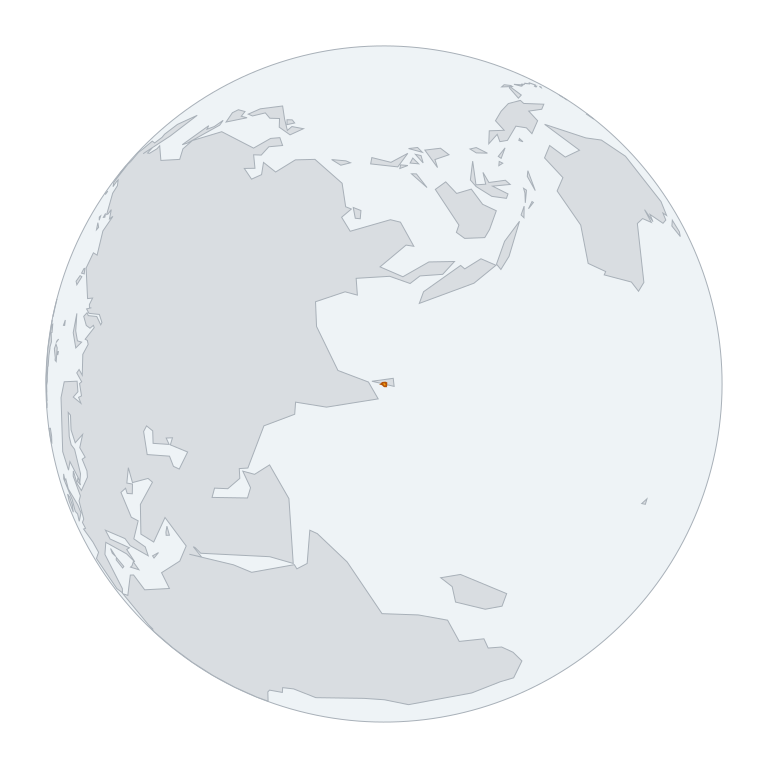 globe centered on Kuruṇægala, rotated 286°
{"feature_id": "LKA-2461", "entity_name": "Kuruṇægala", "entity_type": "District", "adm_level": 1, "iso_a3": "LKA", "parent_name": "Sri Lanka", "parent_adm1": "", "projection": "orthographic", "projection_center": [80.272, 7.727], "detail": "fine", "context": "on_globe", "style": "filled", "palette": "amber", "viewbox_px": 768, "rotation_deg": 286, "n_neighbors": 0, "source": "natural_earth", "source_scale": "10m", "svg_char_len": 9202}
<svg xmlns="http://www.w3.org/2000/svg" viewBox="0 0 768 768"><g transform="rotate(286 384 384)"><circle cx="384" cy="384" r="338" fill="#eef3f6" stroke="#a8b0b8"/><path d="M522.7,75.9L518.3,74.3L524.9,77.3L503.6,68.7L514.8,72.5L514.0,72.1L518.0,73.8L518.6,74.1L522.7,75.9ZM492.6,64.7L489.3,63.9L490.1,63.8L492.6,64.7ZM82.5,231.4L110.4,190.8L110.2,196.0L130.4,192.8L131.4,195.9L120.2,210.7L128.3,234.1L141.3,222.2L157.5,236.5L173.8,238.5L195.3,210.3L168.6,206.2L172.7,191.7L201.1,183.0L225.8,188.5L228.2,183.2L219.9,169.4L233.1,161.3L217.9,164.1L218.5,169.8L209.1,172.3L208.0,167.3L212.6,164.3L207.3,161.0L186.3,177.8L184.7,185.4L166.2,186.2L161.6,199.4L153.9,204.7L158.7,184.5L164.0,177.7L166.7,156.5L159.5,163.4L156.4,184.4L154.0,182.3L144.3,193.5L149.8,183.3L155.1,160.2L143.3,162.7L115.3,188.8L111.2,190.2L113.7,183.6L137.0,155.7L143.6,156.0L151.9,147.7L161.8,135.2L163.0,136.9L167.8,132.3L171.4,132.6L187.5,123.1L192.8,123.0L209.8,110.6L214.8,109.3L203.3,116.7L198.2,122.5L212.7,124.6L218.6,122.4L228.5,114.6L231.3,116.9L238.9,109.1L252.5,108.2L242.4,103.4L253.7,95.8L267.7,91.2L269.6,88.3L246.8,95.9L239.4,100.0L235.9,104.6L214.1,117.0L206.8,118.5L222.8,103.5L214.2,104.5L230.4,93.8L281.9,77.3L298.0,76.0L302.1,88.2L292.2,91.9L285.8,88.9L281.9,98.0L287.0,94.1L289.2,96.5L300.6,91.2L302.8,92.8L310.0,85.6L313.9,86.9L309.3,91.5L329.5,86.3L340.5,88.7L344.1,86.9L344.7,84.4L358.3,89.9L360.3,88.5L356.6,86.0L358.2,81.7L366.3,76.7L370.6,78.9L368.2,80.9L369.7,89.3L362.8,95.4L365.4,95.9L372.4,91.2L370.6,80.9L374.2,77.4L376.6,81.7L376.0,79.9L379.2,78.9L386.3,80.2L384.4,75.5L413.4,65.7L430.0,68.5L428.8,72.7L453.6,71.6L470.4,77.2L467.0,74.6L476.5,73.8L471.4,71.9L470.5,70.7L492.6,70.6L501.1,73.1L506.8,72.2L505.0,71.2L499.0,69.1L503.6,68.7L524.9,77.3L527.8,79.1L539.1,84.2L544.2,88.0L553.6,94.3L552.5,97.1L560.0,102.7L563.6,104.2L576.6,113.9L590.8,130.4L563.4,110.1L539.0,89.0L547.6,96.4L540.9,93.1L541.1,95.0L547.6,101.0L551.2,102.7L537.4,107.9L543.6,125.7L554.6,125.9L565.2,132.7L581.8,158.5L574.8,193.6L588.8,207.3L592.1,216.0L585.3,220.8L580.3,207.9L570.2,202.9L568.4,195.5L555.8,200.5L552.7,190.3L544.4,200.2L551.5,208.6L563.8,207.1L557.9,221.4L575.0,237.0L580.9,255.7L565.4,288.4L543.8,298.3L543.2,304.4L532.6,297.3L521.5,309.4L543.7,344.9L544.1,355.2L524.6,374.7L523.6,366.9L495.5,347.9L492.3,372.6L513.7,393.5L521.2,418.0L505.6,410.2L497.8,388.8L487.8,381.4L489.1,359.8L477.9,328.1L462.1,333.9L461.9,321.2L444.2,295.5L420.7,303.3L384.3,336.0L381.6,368.5L368.1,382.5L345.9,335.1L342.2,304.0L330.3,306.5L310.7,280.1L265.7,276.3L262.8,268.2L253.5,271.4L240.3,262.7L237.2,249.8L227.6,250.0L236.8,284.2L247.5,284.3L261.3,272.3L261.5,284.5L274.7,296.3L247.6,324.2L186.5,346.2L186.5,321.8L170.8,254.5L174.6,247.7L174.8,246.9L175.0,245.5L167.4,256.4L166.7,243.8L168.7,289.2L166.5,308.7L185.6,347.6L182.3,351.2L190.3,359.6L223.0,353.0L221.8,361.1L202.8,397.6L162.7,445.4L171.5,480.8L174.5,510.2L157.3,527.3L166.6,550.3L158.9,556.9L163.6,569.6L161.7,582.0L155.8,592.9L137.3,589.6L129.9,577.9L111.2,553.5L82.5,495.9L80.6,471.5L76.3,451.4L63.7,404.9L66.0,381.2L64.2,370.3L59.5,371.3L58.2,358.4L56.0,357.2L47.2,360.0L48.0,347.8L51.5,323.6L56.7,299.8L63.7,276.4L72.3,253.5L82.5,231.4ZM88.0,223.2L84.8,229.3L84.7,229.3L88.0,223.2ZM245.8,210.6L264.5,214.0L266.6,195.4L274.0,195.5L272.0,189.5L266.7,194.1L263.3,178.4L275.2,174.6L278.3,167.3L272.1,166.0L250.9,175.8L255.5,197.7L246.8,204.3L245.8,210.6ZM191.0,110.2L188.5,113.1L181.8,117.8L175.1,120.7L184.8,113.5L191.0,110.2ZM186.7,116.3L204.5,102.3L209.3,100.8L203.6,103.8L205.0,104.3L196.2,109.4L183.5,122.9L176.7,128.2L168.0,128.9L174.6,125.3L176.5,122.3L186.7,116.3ZM241.2,77.9L249.0,74.3L249.5,75.5L242.2,78.9L235.0,81.2L239.5,78.6L241.2,77.9ZM353.7,47.4L354.2,47.5L343.8,48.9L349.4,48.4L350.2,49.1L342.0,50.7L341.5,49.9L332.9,52.7L327.3,52.7L326.6,53.0L319.1,54.0L308.8,56.2L307.5,56.1L304.1,57.0L299.0,58.1L293.8,59.6L289.7,60.1L283.1,62.2L285.0,61.4L274.6,64.9L280.5,62.6L274.5,64.5L271.9,65.7L268.0,66.6L296.0,57.7L324.7,51.3L353.7,47.4ZM375.6,46.2L366.0,46.7L357.4,47.3L358.5,47.0L375.6,46.2ZM138.1,190.8L139.9,191.9L143.9,192.0L137.9,199.6L138.1,190.8ZM141.1,175.1L143.5,174.5L136.9,184.2L135.1,183.5L141.1,175.1ZM150.5,166.5L144.2,173.7L146.5,169.4L150.5,166.5ZM206.2,116.1L209.4,115.6L207.6,117.5L203.2,120.1L206.2,116.1ZM315.2,62.7L316.3,61.2L318.6,60.8L327.0,57.4L331.9,57.7L328.7,59.9L315.2,62.7ZM187.5,214.5L179.5,219.4L178.5,216.3L181.5,215.2L187.5,214.5ZM155.0,208.9L159.8,213.7L153.3,210.9L155.0,208.9ZM321.9,62.4L324.8,60.9L325.4,62.1L321.9,62.4ZM335.8,57.9L337.5,58.9L333.4,57.4L335.8,57.9ZM340.1,664.7L346.1,668.4L340.4,668.4L340.1,664.7ZM222.0,510.0L216.3,559.7L203.0,558.7L195.4,543.4L194.1,512.9L208.0,505.4L213.4,491.9L222.0,510.0ZM592.3,474.6L600.2,476.0L599.7,477.6L592.3,474.6ZM584.3,469.2L593.6,469.7L582.4,472.7L584.3,469.2ZM597.1,469.9L606.5,466.8L610.6,464.2L609.6,467.5L597.1,469.9ZM577.8,469.4L541.2,469.0L526.3,464.8L530.2,459.1L554.4,460.6L577.8,469.4ZM529.0,458.9L505.7,442.7L471.2,395.7L483.6,396.6L519.1,425.0L516.9,429.9L531.1,442.7L529.0,458.9ZM583.9,429.3L581.5,444.2L561.7,442.9L552.5,440.5L546.2,421.4L549.7,411.8L557.4,412.2L585.2,379.7L595.3,387.6L587.2,401.3L595.4,414.2L583.9,429.3ZM383.3,371.6L392.0,391.3L384.5,394.4L383.3,371.6ZM594.9,357.2L584.7,371.2L593.6,352.5L594.9,357.2ZM599.2,339.6L600.6,346.7L595.5,339.8L599.2,339.6ZM544.4,314.0L536.3,315.6L535.4,310.7L545.2,305.8L544.4,314.0ZM585.3,271.8L588.0,285.9L587.4,290.8L582.4,282.2L585.3,271.8ZM367.2,69.3L350.1,73.0L341.0,77.4L340.9,81.8L333.7,77.8L347.7,71.1L367.2,69.3ZM407.2,65.5L407.2,62.7L412.1,63.7L412.7,64.5L407.2,65.5ZM403.8,64.0L394.7,61.4L397.9,59.7L404.4,62.0L403.8,64.0ZM357.7,60.0L352.3,60.9L352.0,59.7L357.7,60.0ZM607.4,628.2L615.2,617.2L620.9,616.0L611.8,625.9L607.4,628.2ZM608.1,583.3L553.3,605.8L543.3,603.1L550.2,593.7L549.6,565.6L553.2,566.1L556.2,547.0L591.0,529.3L617.3,497.2L631.7,499.1L645.6,476.0L658.9,477.5L652.1,495.7L662.6,507.5L677.9,466.8L676.2,510.2L678.4,525.7L669.5,553.3L635.7,600.0L623.9,609.2L625.2,605.0L619.3,609.7L615.4,607.9L620.3,593.0L614.2,597.8L623.4,586.4L613.0,596.5L614.3,587.0L608.1,583.3ZM696.5,512.6L696.9,511.2L699.4,503.7L699.3,504.9L696.5,512.6L696.5,512.6ZM708.5,478.0L707.8,480.8L707.5,481.7L708.5,478.0ZM708.8,477.1L710.0,472.7L708.8,477.1L708.8,477.1ZM712.2,453.5L712.9,451.3L712.8,453.0L712.2,453.5ZM611.6,476.1L623.1,464.5L628.7,463.5L611.6,476.1ZM712.4,448.7L711.4,448.3L711.9,446.0L712.4,448.7ZM713.3,443.3L713.6,440.0L713.1,447.7L713.3,443.3ZM711.9,436.0L712.7,441.8L711.7,436.7L711.9,436.0ZM710.9,436.8L709.9,434.2L710.1,433.2L710.9,436.8ZM692.2,441.0L697.0,460.5L691.6,459.9L686.2,447.9L679.4,459.1L665.4,457.2L669.5,450.3L668.2,439.7L652.2,435.5L648.9,428.6L655.2,424.0L643.8,418.5L656.4,415.4L661.0,429.6L667.8,418.6L678.5,421.4L687.8,426.2L694.2,436.9L692.2,441.0ZM655.3,446.5L657.3,446.5L655.2,450.8L655.3,446.5ZM707.9,426.3L709.4,433.3L709.0,435.0L708.1,433.9L707.9,426.3ZM695.8,434.4L703.2,422.9L704.6,423.1L699.6,436.3L695.8,434.4ZM702.0,415.2L704.8,417.0L705.9,423.6L705.3,425.4L702.0,415.2ZM629.7,433.4L629.0,437.3L625.5,434.2L629.7,433.4ZM634.3,431.1L644.4,435.3L633.2,434.4L634.3,431.1ZM600.8,417.5L604.1,426.7L614.7,420.8L606.6,429.3L613.3,444.5L610.6,450.3L604.1,433.8L600.9,450.8L596.2,450.5L594.1,435.9L599.2,418.1L603.9,410.8L622.7,407.8L600.8,417.5ZM634.4,419.8L631.6,409.0L633.6,401.9L636.7,407.5L634.4,419.8ZM622.3,383.3L613.8,371.1L606.8,375.8L620.1,358.8L626.2,373.3L622.3,383.3ZM613.8,356.6L607.3,360.7L613.4,350.9L613.8,356.6ZM605.2,356.7L603.6,348.2L609.1,349.4L605.2,356.7ZM617.3,357.0L617.1,342.7L620.6,351.1L617.3,357.0ZM599.0,329.6L612.3,343.3L596.5,337.4L591.9,310.5L598.3,309.9L599.0,329.6ZM610.3,226.2L606.6,219.3L611.3,217.9L612.6,223.0L610.3,226.2ZM623.3,209.9L611.3,215.4L601.1,221.2L606.1,224.5L607.2,236.2L597.6,225.0L602.0,212.5L610.4,210.4L608.0,201.0L611.9,195.2L605.4,183.7L606.0,179.1L614.4,189.2L623.3,209.9ZM602.2,179.0L592.3,160.0L603.0,163.5L607.5,168.4L607.6,175.3L602.0,173.0L602.2,179.0ZM593.1,156.7L587.5,154.7L561.3,128.5L558.4,124.1L584.0,144.3L580.1,143.6L584.7,149.9L593.1,156.7ZM492.3,65.0L489.6,64.0L493.4,65.2L492.3,65.0ZM467.4,69.7L466.8,68.3L471.2,69.3L467.4,69.7ZM467.5,65.3L462.9,65.1L466.0,64.3L467.5,65.3ZM453.0,65.1L460.2,64.5L455.9,66.5L453.0,65.1Z" fill="#d9dde1" stroke="#a8b0b8" stroke-width="1"/><path d="M384.9,386.2L384.7,386.0L384.4,386.3L384.0,386.4L383.9,386.5L383.7,386.7L383.5,386.8L383.4,386.7L383.2,386.4L382.9,386.5L382.7,386.6L382.6,386.4L382.4,386.4L382.2,386.6L382.1,386.3L381.8,385.2L381.8,384.9L381.8,384.7L382.0,384.4L382.2,384.2L382.3,384.0L382.4,383.9L382.4,383.6L382.5,383.5L382.5,383.4L382.7,383.2L382.8,383.1L382.9,382.9L383.0,382.9L383.0,382.7L383.2,382.8L383.3,382.7L383.2,382.6L383.3,382.4L383.3,382.1L383.2,381.9L383.1,381.7L383.0,381.3L383.0,381.2L383.1,381.3L383.7,381.5L383.8,381.6L384.0,381.7L384.3,381.8L384.5,381.9L384.6,382.0L384.8,382.1L384.9,382.3L384.9,382.5L385.0,382.7L385.1,382.8L385.2,383.0L385.2,383.3L385.3,383.5L385.5,383.8L385.6,384.0L385.6,384.4L385.7,384.5L385.8,384.7L385.7,384.8L385.6,385.0L385.7,385.3L385.8,385.3L385.8,385.5L385.7,385.5L385.7,385.8L385.4,385.9L385.4,386.0L385.2,385.9L385.1,386.0L384.9,386.2Z" fill="#f59e0b" stroke="#b45309" stroke-width="1.5"/></g></svg>